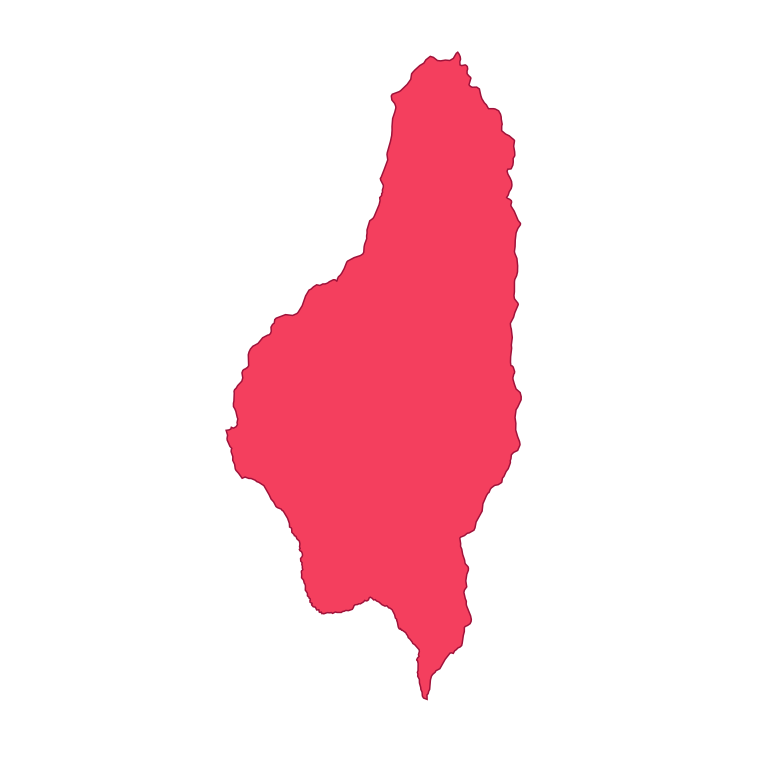 Cajamarca, Tolima, Colombia, rotated 172°
{"feature_id": "7082276B39655849977507", "entity_name": "Cajamarca", "entity_type": "district", "adm_level": 2, "iso_a3": "COL", "parent_name": "Colombia", "parent_adm1": "Tolima", "projection": "equal_earth", "projection_center": [-75.489, 4.41], "detail": "fine", "context": "isolated", "style": "filled", "palette": "rose", "viewbox_px": 768, "rotation_deg": 172, "n_neighbors": 0, "source": "geoboundaries", "source_scale": "gbopen_adm2", "svg_char_len": 6148}
<svg xmlns="http://www.w3.org/2000/svg" viewBox="0 0 768 768"><g transform="rotate(172 384 384)"><path d="M237.6,472.8L236.2,476.4L235.2,482.4L234.9,489.8L236.3,495.3L236.4,497.1L235.1,501.7L234.0,508.2L232.1,515.4L229.8,519.4L226.8,522.7L226.5,524.1L228.4,527.3L231.0,537.0L233.3,542.1L233.5,543.5L232.3,546.4L232.4,547.8L233.8,549.4L235.9,550.7L236.6,551.7L234.7,553.8L233.2,557.0L230.8,559.9L229.9,562.1L229.6,563.5L229.5,566.8L230.4,570.2L232.1,574.6L232.5,577.6L231.5,579.5L228.4,579.3L228.0,579.6L225.9,582.9L225.1,585.9L224.7,589.4L222.9,591.6L222.6,592.5L222.3,595.7L222.5,601.4L220.9,606.7L221.1,607.4L225.5,612.4L228.8,614.6L232.0,618.2L232.2,618.7L231.5,623.2L230.8,624.8L231.0,629.8L230.8,632.3L231.1,635.0L232.5,638.6L235.5,640.8L237.2,641.4L242.2,642.1L243.8,646.2L245.5,648.5L247.4,652.9L248.0,656.2L248.5,662.9L250.9,665.1L255.4,665.6L256.9,666.6L258.0,668.1L258.2,668.5L255.4,674.7L255.6,675.6L257.2,677.5L258.5,679.7L258.2,682.4L257.3,684.3L257.3,686.6L258.1,687.9L259.2,688.7L262.8,688.5L264.3,689.4L264.1,692.5L263.0,695.0L263.0,697.4L263.7,700.1L264.8,702.3L266.4,701.4L270.0,696.8L273.8,695.2L278.1,696.2L282.9,696.1L286.1,696.9L289.6,700.6L292.6,702.0L297.4,699.2L299.9,696.2L304.2,694.4L309.9,690.5L312.3,688.5L313.5,687.3L315.1,682.0L319.3,677.5L326.6,672.2L328.3,671.4L335.5,669.8L336.7,668.2L336.7,664.2L334.4,660.3L333.8,657.6L333.8,655.9L335.4,651.9L338.5,645.7L340.2,638.0L340.7,634.2L341.8,629.0L343.9,623.2L348.6,612.6L349.1,610.8L349.1,605.4L354.0,596.3L358.0,589.2L359.0,588.1L358.9,586.4L357.0,581.0L357.3,579.1L358.6,576.3L358.8,573.9L359.8,572.9L360.0,571.2L360.4,570.7L362.3,569.2L362.4,566.1L363.9,562.2L370.5,551.1L371.9,549.5L375.4,547.6L379.4,538.9L379.8,535.7L380.6,533.1L380.9,530.3L383.7,525.1L384.6,522.6L385.7,517.3L386.9,515.7L389.4,514.5L396.0,513.3L402.9,510.8L403.9,509.9L407.3,503.9L410.3,499.8L412.0,498.0L414.2,496.5L415.5,494.5L416.1,492.7L416.5,492.5L418.0,494.0L419.6,494.3L423.9,492.9L425.9,491.8L428.3,491.3L430.7,491.6L433.7,490.5L436.9,491.6L440.4,490.0L442.9,488.2L445.2,487.4L449.4,482.1L454.1,472.9L459.2,466.8L460.4,465.9L464.9,464.6L471.9,466.4L481.6,464.2L483.2,463.0L484.2,459.6L486.1,458.5L488.0,456.0L488.3,451.9L489.4,449.8L490.9,448.7L492.4,448.6L497.7,446.7L503.1,441.7L508.7,439.6L511.4,437.2L513.2,434.5L514.3,431.9L515.5,420.9L517.1,419.2L518.0,419.0L519.0,418.2L520.2,418.1L521.9,417.1L523.1,414.8L523.0,409.7L524.4,406.6L529.1,402.8L531.0,400.4L532.7,399.2L533.5,397.7L533.6,395.7L535.0,388.0L535.8,385.8L536.2,382.6L535.2,380.2L534.5,377.5L534.0,371.5L533.6,369.8L534.9,366.2L534.8,364.2L536.4,362.3L538.8,361.4L539.5,361.3L541.2,362.4L542.0,360.7L544.0,360.1L546.8,360.1L546.0,355.1L547.0,352.0L547.1,350.3L545.2,343.6L543.7,341.5L544.4,340.1L544.8,338.2L543.8,333.1L544.4,329.5L543.1,325.3L543.1,320.6L542.6,319.1L540.4,315.8L537.6,310.4L534.5,311.2L531.0,309.3L528.7,308.9L525.0,306.7L523.5,305.0L521.6,304.0L517.1,300.1L513.2,290.4L511.8,285.7L509.7,282.6L508.0,277.7L506.7,276.4L503.3,274.5L502.4,272.9L501.5,272.3L498.2,264.5L497.1,259.1L497.4,255.5L496.0,254.5L495.6,253.7L495.9,249.9L494.1,247.5L493.9,246.3L492.4,245.4L491.8,242.8L489.7,240.2L489.5,237.4L490.3,234.5L489.9,232.8L490.8,232.1L490.8,231.7L490.3,230.5L489.1,229.6L488.5,227.7L488.5,225.7L489.2,224.4L490.9,222.8L491.1,220.2L490.0,218.5L490.5,216.9L490.2,214.7L490.5,213.1L490.2,211.7L490.6,211.1L491.6,210.5L492.0,209.6L492.0,206.9L492.6,203.6L491.0,201.0L490.7,198.0L490.1,196.8L489.9,195.1L490.6,190.8L489.1,187.9L489.0,186.7L489.3,184.9L488.0,183.3L487.8,182.1L487.1,181.8L487.0,180.3L487.5,179.9L487.6,178.2L485.8,176.8L485.8,176.3L486.3,176.0L486.4,175.3L485.1,173.3L483.0,172.5L482.1,169.6L480.0,169.5L479.8,167.1L479.0,166.7L478.0,166.9L477.4,165.2L476.4,165.3L475.6,164.8L472.1,165.5L469.2,164.9L468.2,165.1L466.8,164.0L463.9,165.0L462.3,164.3L458.2,163.7L456.5,164.5L455.1,164.5L453.3,165.1L450.8,164.5L446.8,165.3L445.5,166.8L444.5,168.7L443.3,169.4L440.9,169.3L439.5,169.9L438.0,169.6L434.5,171.1L433.2,172.4L431.9,171.7L430.8,171.7L429.4,172.4L428.5,174.2L427.3,174.8L425.6,173.5L424.3,171.6L422.7,171.7L421.6,170.2L419.4,168.9L416.7,165.7L413.9,163.9L412.1,164.1L410.4,161.6L409.4,161.3L407.4,159.4L405.6,154.1L405.3,150.7L404.2,149.2L404.3,148.0L403.9,146.3L403.7,141.4L403.1,139.6L402.3,139.0L401.7,139.4L400.9,137.8L400.2,137.7L397.1,134.7L396.5,133.1L395.6,131.5L395.3,129.5L393.7,127.6L391.9,124.3L391.6,123.1L389.8,121.5L386.2,116.0L386.2,114.2L387.6,111.1L387.2,109.4L388.9,108.0L390.0,106.4L389.9,105.7L389.3,105.2L389.1,102.5L390.2,95.4L391.1,93.8L390.8,92.1L391.3,89.9L390.1,86.6L390.5,83.0L389.9,78.5L390.0,76.4L389.2,73.6L389.4,70.2L389.3,69.2L388.5,67.5L385.2,65.7L384.7,70.1L383.4,71.2L382.5,73.5L381.3,75.2L379.2,84.5L377.7,88.0L376.3,89.6L373.4,91.5L372.5,92.8L368.3,94.3L361.8,102.8L356.1,108.3L354.6,108.4L352.9,107.6L351.1,110.0L349.8,110.6L347.2,112.5L345.4,112.9L343.5,114.2L342.6,116.5L340.5,123.8L338.9,127.7L338.3,131.7L337.3,132.6L334.8,133.3L332.1,134.7L330.8,136.7L330.3,138.7L330.5,142.3L333.1,152.9L333.2,154.6L332.7,157.4L333.4,160.2L333.9,166.6L332.9,168.9L330.3,171.6L330.4,177.6L328.5,184.0L326.4,187.8L326.0,189.9L326.2,191.3L328.4,194.5L328.7,195.5L328.7,198.4L329.8,204.3L330.0,209.7L330.8,212.5L330.3,215.4L330.4,220.8L329.4,221.7L325.4,222.7L322.3,224.6L320.4,224.7L315.3,226.7L313.9,228.9L312.0,234.5L304.5,244.5L302.7,251.7L298.1,259.2L296.4,261.3L295.1,262.0L293.3,265.1L292.0,266.3L288.5,268.2L284.9,268.4L281.5,270.0L281.0,270.4L279.8,274.3L278.1,275.8L275.3,280.3L272.8,282.8L270.8,286.5L269.8,288.5L269.6,290.6L268.7,292.3L267.7,296.2L265.2,298.2L260.9,299.6L258.0,304.4L257.7,305.3L257.8,308.2L259.0,313.3L260.0,320.2L258.9,326.7L258.9,332.6L256.8,340.2L254.9,342.4L250.4,349.3L249.9,352.3L250.4,356.6L253.9,360.7L254.9,365.7L255.6,370.6L255.5,372.3L254.1,375.7L253.3,376.6L252.9,378.2L253.7,382.8L254.5,384.0L255.6,384.5L255.8,385.1L255.7,388.1L254.8,393.4L252.6,401.7L252.5,404.8L250.5,412.1L250.3,420.7L250.6,423.0L250.5,426.0L250.3,426.7L246.4,432.1L244.6,436.3L240.0,443.9L240.1,445.3L242.8,449.9L243.0,450.9L243.0,453.4L242.0,457.2L240.6,467.0L240.0,469.2L237.6,472.8Z" fill="#f43f5e" stroke="#9f1239" stroke-width="1.5"/></g></svg>